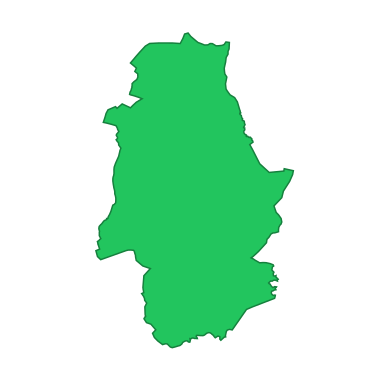 Bebeji, Kano, Nigeria, rotated 8°
{"feature_id": "59680162B69796164397605", "entity_name": "Bebeji", "entity_type": "district", "adm_level": 2, "iso_a3": "NGA", "parent_name": "Nigeria", "parent_adm1": "Kano", "projection": "mercator", "projection_center": [8.315, 11.538], "detail": "fine", "context": "isolated", "style": "filled", "palette": "green", "viewbox_px": 384, "rotation_deg": 8, "n_neighbors": 0, "source": "geoboundaries", "source_scale": "gbopen_adm2", "svg_char_len": 4944}
<svg xmlns="http://www.w3.org/2000/svg" viewBox="0 0 384 384"><g transform="rotate(8 192 192)"><path d="M288.6,285.8L288.9,283.5L288.9,282.6L287.9,282.6L286.8,283.1L285.3,282.2L284.5,280.8L284.7,279.2L286.2,278.5L287.0,277.7L288.7,277.1L287.9,276.0L287.6,275.0L288.7,274.7L288.9,274.2L288.0,274.2L287.0,274.2L285.4,275.4L283.9,274.4L282.9,273.4L282.3,272.4L281.1,272.0L280.5,271.4L282.2,269.3L283.9,269.1L284.8,268.2L286.5,267.7L289.0,268.3L288.6,267.1L289.5,266.5L288.8,265.7L287.8,265.2L286.9,264.4L286.8,263.1L285.9,263.7L284.3,263.6L283.7,261.2L284.3,260.5L284.1,259.8L283.1,259.1L281.9,258.0L282.0,256.7L282.0,255.1L283.2,253.9L282.5,252.8L280.9,252.4L279.2,252.0L275.1,251.7L272.1,252.0L268.9,252.7L264.1,250.8L261.9,249.7L259.7,249.0L261.4,247.4L266.1,241.7L272.8,231.9L272.8,228.5L274.5,226.1L276.0,222.7L277.8,221.3L279.7,220.9L280.9,220.4L283.2,219.3L282.9,217.5L282.9,216.3L282.8,215.1L283.8,212.4L284.6,211.5L285.1,209.2L283.9,205.8L280.9,202.6L278.2,200.5L275.1,194.4L281.7,185.1L282.4,178.4L287.2,167.9L289.2,160.8L289.4,156.8L280.1,156.1L280.0,158.5L265.7,161.9L255.1,154.6L250.5,148.0L245.9,141.4L242.6,137.0L244.9,134.7L245.5,134.1L244.8,132.7L244.2,132.5L243.9,132.0L244.0,131.2L243.3,130.6L242.7,130.2L242.3,129.7L241.6,129.6L241.1,130.1L240.5,130.0L239.4,129.0L238.9,129.3L238.4,129.5L238.0,129.3L238.0,128.9L237.9,128.0L236.6,127.6L235.5,126.7L235.1,125.9L234.9,125.2L234.9,124.4L235.1,123.9L235.5,123.5L235.6,122.8L235.4,122.2L235.3,121.7L235.3,121.3L234.6,121.2L234.2,121.1L234.1,120.5L234.5,119.8L234.8,119.0L235.0,118.3L235.1,117.6L234.6,117.2L234.5,116.8L234.2,116.2L234.2,115.6L233.9,114.7L233.4,114.3L232.5,114.2L232.0,114.1L231.7,113.7L232.0,112.6L231.7,112.1L231.0,111.7L230.6,110.7L230.2,109.4L229.3,108.8L228.8,108.5L228.5,108.0L228.4,107.5L229.0,107.3L229.3,106.9L228.9,106.3L228.5,106.0L228.5,105.2L227.8,104.0L226.8,101.8L224.4,96.5L221.1,92.6L216.2,90.5L214.6,88.9L212.7,86.9L211.4,85.3L210.1,80.2L210.5,73.3L208.1,70.5L207.3,67.7L206.7,64.9L207.0,60.9L207.2,58.8L207.1,54.0L208.5,50.5L208.1,47.8L208.8,45.2L208.2,38.7L204.7,38.7L203.3,41.5L201.4,42.6L197.9,43.5L195.5,43.9L191.5,42.2L189.2,42.5L187.3,44.1L184.0,44.7L180.8,43.9L177.1,43.1L175.1,41.9L174.5,41.5L169.1,38.1L166.0,35.1L162.7,36.6L161.6,41.2L159.7,46.6L151.9,47.2L138.8,49.0L129.4,50.8L125.5,54.0L120.9,60.6L117.7,65.5L113.1,72.8L119.7,77.0L118.6,80.6L121.8,82.5L122.4,85.7L121.7,88.3L119.2,90.8L117.6,93.0L117.9,95.1L117.8,95.9L118.0,96.8L117.8,97.5L117.6,98.5L117.5,99.9L116.8,101.6L116.6,104.0L117.2,104.3L119.8,104.6L121.9,104.9L126.2,105.7L129.6,106.6L124.3,110.9L123.1,112.4L121.2,114.7L119.4,117.2L110.6,114.5L106.1,119.6L104.4,118.1L97.4,122.3L96.0,126.1L95.5,129.8L94.5,135.4L97.6,135.6L102.9,136.2L107.5,136.9L109.1,139.0L109.7,140.5L111.1,142.2L110.3,143.7L109.2,145.4L109.2,146.6L110.6,148.1L110.7,149.5L109.6,150.8L111.1,152.5L112.3,153.3L112.9,155.7L115.5,158.5L114.9,161.0L114.8,162.6L114.4,166.9L112.3,174.2L111.5,178.2L111.6,180.6L111.9,182.6L112.2,184.7L112.1,186.8L111.8,188.2L111.8,189.8L112.1,192.1L113.0,195.4L113.7,197.5L114.1,198.8L114.9,200.7L115.5,202.5L115.8,204.6L116.7,206.5L117.4,208.6L117.7,210.6L117.9,213.3L117.4,214.1L116.7,215.2L115.6,215.8L115.3,216.6L114.4,222.4L113.8,224.6L113.5,225.7L113.1,226.7L112.6,227.9L112.4,228.9L112.5,229.5L112.0,229.9L111.3,230.1L111.6,230.5L111.3,230.7L110.6,231.7L109.2,232.4L108.3,233.7L107.0,236.1L106.2,237.0L104.9,239.0L104.8,240.8L105.2,242.4L105.9,243.6L105.8,244.6L106.1,246.7L106.3,248.2L108.2,250.9L107.0,252.2L106.7,252.9L105.8,253.7L105.2,254.2L106.3,256.6L106.1,256.7L106.9,258.2L108.5,261.4L105.0,263.5L107.4,269.1L111.0,271.7L134.9,259.2L136.9,258.4L139.2,258.0L141.1,257.9L142.3,257.9L143.0,258.6L143.5,259.7L144.1,261.1L144.8,262.4L145.2,264.3L146.3,267.5L153.6,272.1L161.4,273.6L156.0,281.6L156.7,293.4L157.2,295.2L157.2,295.3L157.4,295.9L157.7,296.5L157.8,297.0L157.9,297.5L158.0,298.0L158.2,298.4L156.3,299.6L157.6,301.0L158.6,302.1L159.8,304.1L160.2,305.8L162.6,308.3L161.3,312.3L162.5,319.0L162.8,320.4L163.4,321.4L163.2,321.6L162.9,322.0L162.9,322.5L162.9,322.8L162.8,323.0L162.5,323.2L162.3,323.4L162.2,323.8L162.1,324.2L165.1,327.7L169.7,328.6L175.3,333.5L172.6,337.4L175.0,341.3L178.9,344.3L184.1,347.2L185.9,346.4L187.2,345.9L188.8,346.0L190.5,347.3L192.1,348.5L194.1,348.9L197.2,347.6L199.5,346.5L201.4,345.7L203.0,344.1L203.7,342.3L205.4,340.9L206.8,340.2L208.4,340.2L209.2,341.0L210.7,341.0L211.0,339.3L210.6,338.2L210.4,337.5L211.4,337.6L212.1,336.8L213.4,336.4L215.1,336.7L216.1,336.5L217.0,336.5L217.7,336.4L217.2,335.4L216.3,334.6L216.4,333.4L217.3,333.2L220.2,333.0L222.9,332.7L224.3,331.9L225.4,330.7L226.4,329.7L227.9,329.0L229.5,328.9L230.8,329.5L231.6,330.1L233.1,331.0L234.3,332.3L235.3,333.1L237.8,331.0L239.7,331.4L240.1,333.9L241.2,334.8L243.1,332.5L244.2,331.2L245.5,330.8L245.1,329.5L245.4,325.3L246.2,323.8L248.3,322.8L251.0,323.0L262.3,300.7L268.1,297.2L288.6,285.8Z" fill="#22c55e" stroke="#15803d" stroke-width="1.5"/></g></svg>